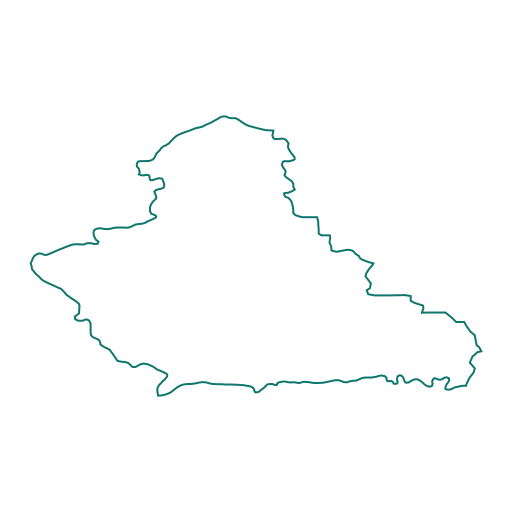 Luninets, Brest, Belarus
{"feature_id": "67162791B41216407156673", "entity_name": "Luninets", "entity_type": "district", "adm_level": 2, "iso_a3": "BLR", "parent_name": "Belarus", "parent_adm1": "Brest", "projection": "robinson", "projection_center": [26.952, 52.407], "detail": "fine", "context": "isolated", "style": "outline", "palette": "teal", "viewbox_px": 512, "rotation_deg": 0, "n_neighbors": 0, "source": "geoboundaries", "source_scale": "gbopen_adm2", "svg_char_len": 5588}
<svg xmlns="http://www.w3.org/2000/svg" viewBox="0 0 512 512"><path d="M373.4,263.4L367.4,261.7L362.0,259.6L359.9,258.1L358.9,256.0L355.2,253.6L353.2,251.0L349.8,249.9L346.4,249.9L336.6,251.8L331.5,250.5L331.2,246.5L329.5,242.6L330.2,237.6L329.8,235.3L326.1,235.3L321.4,235.3L318.7,233.7L318.7,230.8L318.7,229.0L318.3,225.9L318.3,223.5L318.0,220.4L317.0,217.2L315.3,217.2L309.6,217.2L306.2,217.2L302.8,217.2L300.1,216.7L295.4,215.2L293.3,213.1L293.3,210.7L292.7,206.0L291.6,201.8L290.0,199.5L288.3,197.9L285.6,196.9L284.2,194.8L284.2,193.2L288.3,192.7L292.3,191.1L294.7,189.6L293.3,186.7L293.3,183.8L292.0,181.5L289.6,179.6L286.2,177.3L284.5,175.2L285.6,172.3L285.2,170.3L283.2,167.6L281.8,164.8L282.8,161.9L284.5,161.1L288.2,161.4L293.0,160.3L294.6,159.3L294.6,157.2L292.6,154.9L290.3,151.7L288.6,148.9L287.9,146.5L288.6,143.4L285.9,139.8L283.5,138.7L281.1,138.7L277.8,139.0L274.7,139.0L273.4,138.2L272.4,135.6L273.4,130.6L269.2,130.3L266.4,130.2L262.3,129.4L258.1,128.4L254.0,127.3L248.5,125.8L245.7,124.5L242.0,122.2L239.4,120.3L235.7,118.2L233.3,118.2L230.3,118.1L228.2,117.6L225.8,116.4L223.4,116.5L221.5,116.8L219.7,117.6L217.5,119.0L214.2,120.8L210.6,122.8L205.9,124.8L201.7,126.9L195.0,128.4L189.1,130.8L185.6,131.9L179.9,134.1L176.5,135.9L173.7,138.3L171.8,140.3L169.8,142.5L168.8,143.5L166.1,145.2L163.3,146.4L161.1,148.3L159.6,150.5L156.6,153.3L155.0,156.6L154.2,158.0L153.2,159.3L151.1,160.3L149.3,160.9L145.0,161.1L140.5,161.1L137.9,161.7L136.8,163.8L136.9,166.5L138.8,168.5L139.2,170.1L139.7,172.5L138.9,174.4L141.5,175.3L144.2,175.3L146.8,174.8L148.8,175.3L149.6,176.9L149.6,178.6L150.5,180.2L152.7,180.2L155.3,179.2L158.4,178.3L160.2,178.3L162.2,178.8L162.6,179.7L163.9,183.0L164.3,185.4L163.6,187.7L161.0,188.8L158.2,189.3L155.3,190.4L154.3,191.8L155.1,193.5L156.1,196.2L156.3,198.4L154.3,200.3L152.9,201.7L151.0,204.4L150.0,207.4L150.0,211.0L151.2,213.7L154.2,214.8L155.7,215.6L156.2,216.8L155.5,217.8L153.4,218.8L151.2,219.9L148.9,220.8L147.0,221.7L144.6,223.1L141.4,223.8L138.9,224.0L135.1,224.6L133.5,225.5L131.0,226.8L127.9,227.7L124.2,227.6L118.9,227.5L115.5,227.7L113.3,228.0L110.7,228.7L107.6,229.2L104.1,228.9L102.2,228.6L99.1,228.2L95.7,229.1L95.5,229.3L93.9,230.5L93.5,232.6L93.9,235.7L94.8,237.6L95.8,239.6L97.1,240.6L98.4,241.7L97.8,243.7L94.3,244.0L90.2,243.1L86.6,243.3L84.1,244.5L80.3,244.4L76.3,244.2L72.8,244.5L69.2,245.7L65.0,247.3L60.0,249.3L54.8,251.5L50.0,253.6L46.0,255.1L43.6,254.6L41.3,253.6L38.7,253.5L35.7,254.9L34.0,256.4L32.8,258.3L31.8,261.0L30.7,263.2L31.6,266.2L31.9,269.0L33.7,271.3L35.8,273.8L39.1,276.8L41.6,279.4L43.4,280.7L47.7,282.9L50.9,284.4L53.8,285.6L57.8,287.5L61.0,288.8L63.0,290.8L64.7,292.6L66.4,294.7L70.8,297.9L74.0,300.0L76.6,301.8L78.9,303.7L79.5,305.6L79.3,308.8L79.0,313.4L77.2,314.8L74.8,316.7L75.1,319.0L77.3,320.5L80.3,320.8L82.8,320.7L84.4,319.9L86.5,319.4L88.8,320.3L89.8,321.8L90.5,323.1L90.7,333.3L91.1,335.4L93.0,337.2L95.1,338.1L97.1,339.0L99.1,340.1L100.2,342.4L100.4,344.4L102.3,345.9L105.2,347.6L108.5,349.0L110.2,350.3L110.8,351.4L112.9,354.1L114.8,356.9L116.2,359.1L117.6,360.9L121.2,361.7L125.2,362.0L128.0,362.9L130.2,364.6L131.4,366.2L133.1,367.1L135.3,367.0L137.4,366.0L140.0,364.5L143.0,363.6L145.1,363.8L148.2,364.4L150.8,365.6L153.2,366.7L155.6,368.4L157.0,369.5L160.6,370.9L163.0,372.0L164.7,372.8L166.5,373.7L167.3,375.0L167.1,376.3L166.5,377.4L165.0,379.1L164.1,380.2L162.4,381.4L161.4,382.8L159.2,384.9L157.5,388.0L157.3,390.2L157.5,392.4L157.9,393.5L158.1,395.6L159.3,395.6L162.6,395.3L166.6,394.2L170.7,392.4L174.0,389.8L177.0,387.5L179.9,385.8L183.4,384.5L187.7,384.0L190.7,384.0L195.5,383.4L199.4,382.5L202.5,382.1L206.1,382.4L209.4,383.3L212.1,383.9L216.4,384.2L220.9,384.2L225.7,384.5L230.2,384.5L236.3,384.7L243.6,385.2L250.5,386.4L253.1,387.8L254.0,389.2L254.4,390.9L255.2,392.3L256.8,392.3L259.3,391.6L260.7,390.1L262.1,389.2L264.1,387.7L265.6,386.1L267.6,384.3L270.5,384.0L272.8,384.1L275.2,385.1L277.2,384.7L277.2,383.4L278.8,382.4L283.0,381.5L285.2,381.6L288.6,382.3L291.2,382.4L293.8,382.2L296.7,382.7L299.0,383.1L301.5,382.4L302.9,381.9L305.3,381.9L308.9,382.1L312.2,382.8L315.3,383.0L318.3,383.0L323.5,382.7L326.5,382.0L329.7,381.4L332.9,380.6L335.9,380.2L338.4,380.2L341.1,381.0L343.6,382.0L346.5,382.4L348.8,381.6L352.1,380.9L356.6,380.5L359.2,379.3L362.1,378.1L365.0,377.5L368.8,377.5L370.8,377.6L374.2,377.1L376.5,376.7L378.4,376.0L381.1,375.5L384.5,376.0L386.5,377.7L386.5,379.6L387.3,381.0L389.8,381.2L391.1,381.0L392.8,381.9L393.8,383.7L395.1,383.9L397.3,383.4L397.6,381.9L397.1,380.6L397.1,378.3L397.6,376.5L399.1,375.4L401.1,375.4L402.8,376.9L403.7,378.8L404.8,381.8L405.9,382.7L408.4,382.5L410.7,381.3L412.8,379.9L414.5,379.4L417.0,379.3L418.7,379.8L420.9,381.3L422.6,382.6L424.6,384.5L427.2,386.1L429.3,386.7L431.9,386.0L432.7,383.8L432.3,382.6L432.1,381.3L433.4,378.9L434.7,378.2L436.3,378.6L438.4,379.6L440.1,379.7L442.6,379.1L443.7,377.9L446.7,377.3L448.9,378.3L449.3,380.2L448.0,382.6L446.6,384.4L445.6,386.7L445.3,388.8L446.4,389.5L448.6,389.6L450.5,389.5L454.2,387.7L455.9,387.1L458.7,386.6L460.8,386.0L462.8,385.8L466.0,385.7L466.0,385.2L469.4,378.0L473.7,372.3L474.8,368.4L469.8,362.7L472.4,356.7L477.4,352.2L481.3,351.3L479.3,347.4L476.6,345.0L474.7,335.2L470.4,331.6L466.6,326.2L464.2,322.0L460.0,322.0L456.2,322.0L452.3,318.1L445.4,312.5L441.5,312.5L429.2,312.5L421.9,312.7L423.4,308.3L423.0,305.6L418.4,304.1L414.6,302.9L410.7,300.8L410.7,296.0L404.9,295.1L389.9,295.4L374.2,295.4L368.2,294.2L366.7,290.3L369.9,288.2L370.9,283.5L368.2,279.8L365.5,276.4L366.2,273.5L368.9,269.2L372.8,264.6L373.4,263.4Z" fill="none" stroke="#0f766e" stroke-width="2"/></svg>